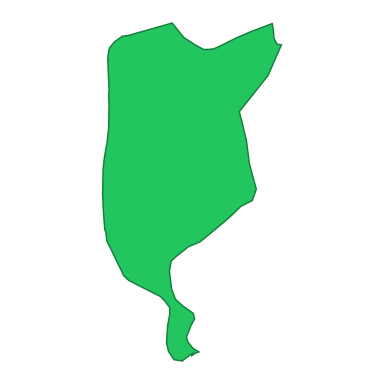 Yassin, Eastern Darfur, Sudan (Robinson projection)
{"feature_id": "16777658B43092158713843", "entity_name": "Yassin", "entity_type": "district", "adm_level": 2, "iso_a3": "SDN", "parent_name": "Sudan", "parent_adm1": "Eastern Darfur", "projection": "robinson", "projection_center": [25.585, 11.706], "detail": "fine", "context": "isolated", "style": "filled", "palette": "green", "viewbox_px": 384, "rotation_deg": 0, "n_neighbors": 0, "source": "geoboundaries", "source_scale": "gbopen_adm2", "svg_char_len": 1448}
<svg xmlns="http://www.w3.org/2000/svg" viewBox="0 0 384 384"><path d="M190.2,327.5L190.7,326.1L194.6,318.8L193.2,313.3L183.2,306.3L175.4,299.2L171.6,288.9L169.4,271.3L171.2,261.0L176.6,256.1L188.4,246.7L200.1,241.8L208.4,235.0L214.9,229.6L225.8,220.5L234.1,213.0L235.5,211.6L240.7,206.4L252.3,200.5L256.3,189.2L249.3,163.3L246.3,139.7L243.3,127.8L242.2,123.1L239.3,111.6L249.3,99.1L268.1,75.4L281.4,44.9L277.2,44.3L277.1,44.2L274.0,38.4L273.9,37.6L273.7,34.9L273.6,32.2L273.5,31.8L273.4,30.3L272.3,24.2L272.2,23.6L264.3,26.6L250.2,31.9L235.1,38.5L219.6,46.3L213.9,48.8L209.1,49.4L203.6,49.5L194.5,44.5L183.8,37.5L172.1,23.0L163.9,25.4L128.6,35.4L122.0,36.3L122.0,36.5L121.6,36.8L114.6,41.7L110.2,47.0L109.7,47.5L108.7,50.8L108.3,53.8L107.8,58.9L108.5,77.4L108.6,78.4L108.7,81.0L109.0,87.8L109.1,89.4L108.7,95.4L109.0,104.0L109.1,104.5L109.0,107.4L108.9,114.6L108.7,128.1L107.5,138.6L107.1,142.2L106.5,145.5L104.3,158.1L104.0,160.5L103.9,161.9L103.2,168.4L102.7,189.6L102.6,193.9L103.5,212.9L104.8,229.8L105.2,230.8L105.9,232.4L106.2,235.3L106.8,240.7L108.5,244.2L123.9,275.9L129.0,280.6L160.5,296.6L165.2,301.4L169.7,307.6L169.7,314.4L167.7,325.3L166.7,339.0L166.6,342.9L168.4,351.1L174.0,359.7L175.5,359.9L182.3,361.0L185.6,358.2L186.3,357.6L186.5,357.6L187.2,357.1L191.9,353.8L192.1,353.7L192.4,353.5L192.0,355.5L195.1,353.3L198.9,351.9L193.2,348.6L188.0,342.2L186.4,337.1L190.2,327.5Z" fill="#22c55e" stroke="#15803d" stroke-width="1.5"/></svg>